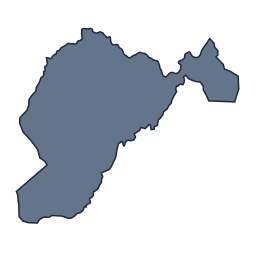 the district of Bangassou, Mbomou, Central African Republic, rotated 182°
{"feature_id": "33826404B81358030227477", "entity_name": "Bangassou", "entity_type": "district", "adm_level": 2, "iso_a3": "CAF", "parent_name": "Central African Republic", "parent_adm1": "Mbomou", "projection": "albers", "projection_center": [23.188, 5.123], "detail": "fine", "context": "isolated", "style": "filled", "palette": "slate", "viewbox_px": 256, "rotation_deg": 182, "n_neighbors": 0, "source": "geoboundaries", "source_scale": "gbopen_adm2", "svg_char_len": 5920}
<svg xmlns="http://www.w3.org/2000/svg" viewBox="0 0 256 256"><g transform="rotate(182 128 128)"><path d="M166.9,47.8L167.3,48.9L165.5,50.5L163.4,51.6L162.8,52.4L163.3,53.9L164.0,55.0L163.4,56.6L161.9,57.3L160.7,58.8L160.3,60.1L160.3,61.9L160.0,63.3L158.2,64.1L155.6,66.6L154.4,70.2L152.7,72.6L152.7,74.2L152.3,76.7L151.6,78.2L152.0,79.9L153.0,81.1L152.7,82.3L144.9,86.2L143.5,88.5L139.3,98.2L138.1,106.6L136.9,112.2L135.7,113.0L133.4,114.3L132.6,113.2L132.3,111.2L131.4,109.9L130.7,111.2L129.8,114.3L128.3,115.7L124.9,115.4L121.9,116.2L120.2,119.1L121.5,122.4L116.4,125.9L115.0,129.0L110.8,128.0L107.3,131.9L105.9,132.0L104.9,127.1L101.8,127.8L101.6,130.4L98.7,131.6L98.0,137.1L96.2,138.8L93.7,142.3L93.0,145.5L89.2,148.6L88.4,151.2L85.5,154.6L85.2,157.1L83.9,160.3L80.7,166.1L81.7,168.5L81.0,171.5L79.7,171.5L77.4,173.7L74.6,173.2L73.3,176.1L73.5,178.7L74.3,181.2L72.1,182.7L69.3,179.5L65.3,177.8L61.1,176.7L57.4,176.4L54.3,172.3L54.0,168.6L51.5,164.6L48.1,157.9L22.3,157.8L18.7,171.0L19.7,183.6L27.6,188.1L33.8,190.5L35.0,194.9L42.5,202.1L40.8,204.1L40.8,208.2L44.3,212.0L44.9,215.7L49.6,220.2L52.1,215.8L54.7,212.0L57.0,208.3L58.4,203.4L59.8,201.9L60.5,201.3L60.8,201.1L61.0,201.0L61.6,200.8L62.0,200.8L62.7,200.8L63.8,201.1L64.1,201.1L64.8,201.1L65.0,201.2L65.5,201.5L65.8,201.7L66.4,202.2L66.6,202.5L67.2,203.4L68.0,204.7L68.6,205.6L68.7,205.8L69.0,206.0L69.3,206.1L69.5,206.2L69.9,206.1L70.2,206.0L71.1,205.3L71.5,205.1L72.7,204.5L73.0,204.3L73.3,204.0L73.6,203.5L73.8,203.0L73.9,202.6L73.9,201.1L74.0,200.4L74.1,199.9L74.4,199.4L74.7,199.1L75.7,198.5L76.0,198.2L76.4,197.9L76.8,197.6L77.2,197.4L78.3,197.2L78.7,197.0L78.9,196.9L79.3,196.6L79.5,196.3L79.8,195.8L79.8,195.5L79.8,194.9L79.8,194.7L79.6,194.4L79.3,194.1L79.1,194.0L78.3,193.5L77.9,193.3L77.8,193.2L77.5,192.8L77.4,192.4L77.3,192.0L77.4,190.3L77.3,189.8L77.3,189.2L77.4,188.6L77.9,187.7L78.9,186.1L79.4,185.5L80.1,184.9L80.8,184.5L81.8,184.2L82.1,184.1L82.5,184.1L83.1,184.2L83.4,184.3L84.0,184.6L84.7,185.0L85.1,185.1L85.5,185.1L86.4,185.0L87.0,184.9L87.4,184.8L87.6,184.6L88.2,184.2L89.2,183.3L90.8,181.4L91.4,180.9L91.8,180.6L92.0,180.5L92.5,180.4L92.7,180.5L93.0,180.5L93.8,180.9L94.1,181.1L94.4,181.3L94.7,181.6L94.9,182.0L95.2,182.4L95.5,183.0L95.7,183.5L96.2,185.3L97.1,187.5L98.0,188.8L98.2,189.1L98.3,189.6L98.5,190.9L99.0,192.1L99.2,192.8L99.8,194.4L100.1,195.0L100.2,195.3L100.4,195.5L100.7,195.8L101.0,196.0L101.4,196.1L102.3,196.1L102.8,196.2L103.1,196.4L103.8,196.8L104.0,196.9L104.9,196.9L105.9,197.4L106.2,197.6L106.8,198.1L107.0,198.3L107.3,198.4L108.1,198.7L108.9,198.9L109.5,199.1L109.7,199.3L109.9,199.5L110.5,200.4L111.6,201.5L112.2,202.1L112.9,202.5L113.5,202.8L114.2,203.0L114.9,203.2L115.7,203.2L116.5,203.3L117.2,203.5L117.9,203.9L118.3,204.0L119.0,204.0L119.6,203.7L120.5,203.2L121.2,202.8L121.9,202.2L122.3,201.8L122.6,201.7L123.7,201.3L124.2,201.1L124.8,200.7L125.6,200.3L126.4,199.7L127.5,198.8L127.8,198.6L128.6,198.3L128.9,198.3L129.4,198.3L129.7,198.3L130.2,198.5L130.6,198.7L131.3,199.2L132.1,200.0L132.5,200.3L133.6,200.9L134.1,201.2L134.4,201.5L134.7,201.9L134.9,202.3L135.3,203.6L135.6,204.1L136.1,204.8L136.7,206.2L136.9,206.4L137.1,206.6L137.5,206.9L137.9,207.2L138.5,207.5L139.1,207.8L139.3,208.0L139.7,208.5L140.0,208.9L140.6,210.0L140.9,210.4L141.0,210.6L141.6,210.9L142.3,211.1L142.8,211.1L143.2,211.1L143.5,211.0L144.6,210.6L144.8,210.6L145.3,210.6L145.7,210.7L146.0,210.8L146.6,211.1L146.9,211.3L147.1,211.6L147.6,212.3L148.0,213.7L148.4,214.6L148.5,215.0L148.6,215.5L148.7,216.1L148.7,217.4L148.9,217.9L149.1,218.2L149.3,218.4L149.5,218.5L149.8,218.6L150.1,218.5L151.1,217.9L151.5,217.8L151.8,217.7L152.0,217.7L152.3,217.8L152.6,218.0L153.6,219.1L154.1,219.5L155.1,220.3L155.6,220.9L155.9,221.5L156.2,221.9L156.4,222.1L156.8,222.3L157.6,222.5L158.4,222.9L159.1,223.1L159.4,223.1L159.6,223.1L159.8,223.0L160.0,222.9L160.5,222.5L160.9,222.2L161.1,222.1L161.5,222.0L161.9,222.1L162.0,222.1L162.8,221.7L163.2,221.7L163.6,221.7L164.1,221.8L164.4,222.0L165.1,222.5L165.5,222.7L165.7,222.8L166.1,222.8L166.3,222.9L166.5,223.0L166.8,223.9L166.9,224.5L167.0,224.9L167.1,225.2L167.4,225.5L167.7,225.9L168.1,226.1L168.4,226.2L168.9,226.2L169.3,226.2L170.4,225.6L170.8,225.5L171.5,225.5L173.3,225.7L174.4,225.8L175.3,225.9L176.0,225.8L176.7,225.6L177.3,225.1L177.5,224.8L177.6,224.6L177.7,224.4L177.7,224.0L177.6,223.3L177.5,222.4L177.5,221.9L177.6,220.9L177.4,219.5L177.4,219.1L177.1,218.7L177.0,218.1L177.0,217.1L177.2,216.3L177.1,215.5L177.5,214.9L177.8,214.6L178.2,214.4L178.4,214.0L178.8,213.7L179.3,213.6L179.9,213.6L181.3,212.9L181.7,212.3L182.0,211.3L182.5,210.7L183.0,210.3L183.6,210.0L184.3,210.0L185.0,210.1L185.6,210.3L185.9,210.4L186.6,210.4L187.8,210.1L188.4,210.2L189.0,210.4L189.5,210.5L190.3,210.5L191.1,210.2L191.7,209.9L192.3,209.4L193.2,208.4L193.4,208.3L193.7,208.3L194.2,208.1L194.5,207.9L194.8,207.6L195.1,207.2L195.3,207.0L195.9,206.8L196.4,206.6L197.0,206.3L197.8,205.7L198.1,205.2L198.6,204.2L199.2,203.4L199.8,203.0L200.5,202.9L201.0,202.7L201.4,202.4L201.7,201.9L202.0,201.4L202.2,201.0L202.2,200.4L202.3,199.8L202.7,199.3L203.0,199.0L203.4,198.9L203.7,198.9L203.8,198.9L204.0,198.9L204.5,198.3L204.7,198.2L205.0,197.9L205.6,197.4L206.0,196.8L206.4,196.2L206.7,195.5L207.0,195.0L207.4,194.8L208.0,194.6L208.5,194.7L209.1,194.8L210.3,195.3L210.9,195.4L211.4,195.4L212.0,195.3L210.8,189.6L211.5,187.5L213.3,186.6L213.2,185.1L212.8,183.5L212.8,182.1L214.4,181.4L214.0,178.6L214.7,176.5L216.6,175.5L218.4,170.0L221.1,165.3L221.4,161.6L225.2,157.3L227.9,153.0L228.0,147.2L229.6,142.2L236.4,134.3L236.5,129.4L235.5,126.7L232.7,120.3L225.7,113.3L217.6,103.5L215.0,95.0L210.2,92.0L207.5,88.3L237.3,60.7L235.8,56.8L235.3,52.2L234.4,47.1L233.8,35.6L229.7,31.3L224.5,29.9L217.8,29.9L215.4,29.8L213.2,33.5L209.3,35.9L203.3,36.2L201.1,37.9L191.0,37.7L184.3,35.6L181.2,36.1L177.9,38.6L175.9,40.8L172.8,41.7L170.2,44.0L168.8,47.5L166.9,47.8Z" fill="#64748b" stroke="#1e293b" stroke-width="1.5"/></g></svg>